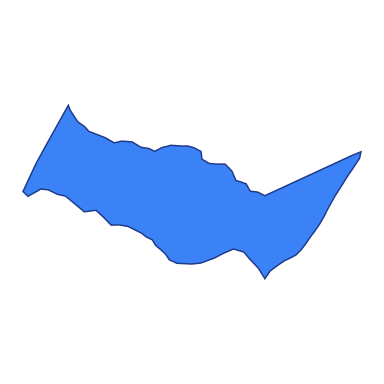 the district of Barra de São Miguel, Alagoas, Brazil
{"feature_id": "56859067B85580806307237", "entity_name": "Barra de São Miguel", "entity_type": "district", "adm_level": 2, "iso_a3": "BRA", "parent_name": "Brazil", "parent_adm1": "Alagoas", "projection": "orthographic", "projection_center": [-35.941, -9.81], "detail": "fine", "context": "isolated", "style": "filled", "palette": "blue", "viewbox_px": 384, "rotation_deg": 0, "n_neighbors": 0, "source": "geoboundaries", "source_scale": "gbopen_adm2", "svg_char_len": 1146}
<svg xmlns="http://www.w3.org/2000/svg" viewBox="0 0 384 384"><path d="M361.0,151.8L352.3,155.3L264.9,195.7L257.7,192.1L250.1,191.1L246.1,183.8L235.9,180.4L231.9,171.1L225.1,164.1L216.0,164.1L209.1,163.4L202.1,159.3L200.9,151.4L194.1,147.8L187.8,146.0L181.3,146.0L170.9,145.3L161.8,147.6L154.6,151.4L149.3,148.6L140.8,147.2L132.1,141.9L121.7,141.1L114.2,142.9L105.4,137.8L97.3,134.6L88.8,131.4L84.9,126.9L77.8,121.8L70.5,110.8L68.3,105.3L43.3,150.2L35.9,163.8L23.0,191.5L28.0,196.3L34.3,192.8L40.9,189.0L48.1,189.8L57.5,194.3L65.6,196.2L77.9,206.4L84.3,211.8L96.0,210.3L103.9,217.6L111.1,225.1L119.2,224.9L128.3,226.5L134.3,229.6L141.5,233.1L146.1,236.9L152.3,239.8L155.7,245.5L160.3,249.3L165.3,253.8L169.3,259.8L176.9,263.3L191.9,264.0L200.9,263.0L214.5,258.0L223.9,253.1L233.5,249.0L243.9,252.1L249.5,258.8L258.5,268.4L264.9,278.7L270.1,271.0L278.3,264.9L284.3,260.8L289.9,258.2L295.9,255.0L301.2,249.7L305.9,243.6L310.0,237.5L314.7,231.2L319.7,223.9L324.3,216.0L327.3,209.9L330.7,203.6L334.9,196.2L338.7,190.2L343.5,182.7L348.1,175.3L352.7,168.7L356.1,163.5L359.5,158.4L361.0,151.8Z" fill="#3b82f6" stroke="#1e3a8a" stroke-width="1.5"/></svg>